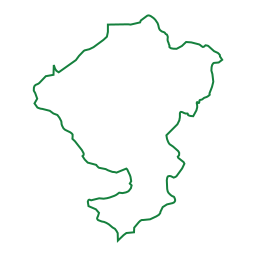 an SVG outline of Comayagua
{"feature_id": "HND-646", "entity_name": "Comayagua", "entity_type": "Department", "adm_level": 1, "iso_a3": "HND", "parent_name": "Honduras", "parent_adm1": "", "projection": "mercator", "projection_center": [-87.57, 14.554], "detail": "fine", "context": "isolated", "style": "outline", "palette": "green", "viewbox_px": 256, "rotation_deg": 0, "n_neighbors": 0, "source": "natural_earth", "source_scale": "10m", "svg_char_len": 3257}
<svg xmlns="http://www.w3.org/2000/svg" viewBox="0 0 256 256"><path d="M34.5,103.4L37.2,98.7L35.2,93.1L33.8,90.7L33.9,87.6L34.5,86.0L35.6,84.9L38.0,83.9L39.2,83.1L45.8,76.2L53.5,74.8L53.8,65.0L55.0,68.6L56.4,70.8L58.7,72.3L75.9,60.1L79.0,55.9L83.7,51.0L84.6,50.4L89.4,49.2L93.5,47.2L103.3,40.0L106.9,36.7L107.9,31.9L107.9,24.6L128.2,24.3L130.6,24.6L140.1,22.4L140.8,20.5L147.1,15.8L147.9,15.5L148.5,15.4L149.6,15.6L150.9,16.2L153.6,18.1L155.3,19.8L157.6,23.2L158.3,25.2L158.9,27.9L159.3,28.9L159.8,29.8L160.8,30.7L161.9,31.5L164.0,32.2L164.8,32.7L165.7,34.0L166.9,34.6L167.5,35.9L167.8,37.0L167.6,39.1L167.6,40.2L167.9,41.4L168.6,43.0L168.8,44.0L169.4,45.4L169.5,45.9L169.4,46.5L169.4,47.0L170.0,47.6L171.1,48.3L173.4,48.7L176.6,48.8L181.9,46.0L186.1,42.0L191.3,42.4L199.1,44.4L200.0,44.9L201.7,46.3L202.9,47.0L204.1,46.6L205.5,45.3L206.9,45.5L208.2,45.9L214.1,51.2L217.8,52.9L218.6,53.6L219.8,54.9L220.0,56.5L222.2,59.8L218.7,62.5L214.1,62.9L213.5,63.1L212.9,63.8L212.2,64.9L211.6,67.1L211.4,70.6L212.4,74.1L213.3,81.7L212.0,86.9L209.6,93.1L209.5,94.1L209.7,94.4L209.7,94.8L209.2,95.3L207.6,96.5L206.6,97.0L205.5,97.4L204.8,97.6L204.1,97.9L202.2,99.4L201.0,99.8L200.2,99.9L199.7,100.2L199.4,100.8L199.3,102.2L199.1,102.8L198.3,103.0L197.9,102.7L197.5,102.3L197.2,102.1L196.9,102.3L196.7,103.1L197.1,104.8L197.2,106.1L197.2,107.3L196.4,110.4L193.2,116.2L190.8,116.0L189.9,115.8L189.0,115.5L188.3,115.2L188.0,114.8L187.8,113.9L187.5,113.5L186.9,113.5L186.3,113.5L185.5,113.5L184.6,113.2L183.6,112.8L182.7,112.3L181.7,112.0L180.9,111.9L180.2,112.4L179.9,113.3L179.9,116.6L179.8,117.9L179.5,119.1L179.4,120.2L177.4,124.3L166.4,135.3L167.0,138.8L167.6,140.5L168.5,142.6L169.6,144.2L173.0,146.5L178.1,151.0L178.7,151.9L179.2,152.9L179.1,155.1L178.5,156.0L177.8,156.6L178.0,157.3L178.3,157.9L183.6,162.1L184.4,163.7L182.1,168.5L176.5,176.2L175.3,177.0L173.7,177.6L171.1,176.3L169.8,176.0L168.8,176.1L167.8,176.5L167.2,177.8L166.8,180.2L167.2,189.0L167.7,191.3L168.4,192.7L169.7,194.1L170.9,195.2L171.9,195.9L172.6,196.3L173.4,196.5L173.9,196.8L174.2,197.2L174.8,198.6L175.1,199.6L175.1,200.9L174.2,202.3L172.6,203.1L167.0,204.4L162.7,207.1L160.4,211.9L160.2,213.1L158.9,214.8L156.3,216.4L150.1,219.3L143.1,220.0L141.8,220.0L140.4,220.7L138.8,222.2L134.2,227.7L134.0,232.3L126.4,233.0L123.6,235.1L117.9,240.6L117.7,233.1L116.4,230.8L114.9,228.8L112.6,227.5L108.8,224.3L106.4,222.9L104.0,221.9L101.8,221.5L98.1,220.1L97.4,219.3L97.1,218.4L97.4,217.3L97.9,216.4L99.0,212.9L95.9,209.3L88.5,206.1L87.8,201.7L88.4,200.2L88.9,199.8L89.5,199.7L89.9,199.8L91.1,200.3L99.2,198.3L103.6,198.7L107.0,198.2L109.7,197.5L114.4,195.8L116.4,194.8L119.2,192.7L122.5,193.1L125.9,192.4L127.8,191.6L128.8,190.9L130.9,188.2L131.6,185.3L129.8,183.6L131.2,181.2L130.5,176.9L129.9,175.1L127.2,169.4L126.3,168.6L116.5,172.6L114.7,172.1L112.4,171.9L108.0,170.3L105.7,169.1L99.1,167.8L98.5,167.5L96.5,165.4L96.3,164.9L87.7,162.6L84.7,159.5L82.5,156.1L83.4,155.3L83.6,154.8L83.7,154.1L83.6,153.3L81.9,150.1L75.0,141.3L72.4,138.8L72.6,136.7L72.6,134.5L71.8,133.5L70.4,132.4L65.1,129.8L63.5,128.4L62.1,125.7L61.6,124.2L61.4,121.9L61.2,121.1L59.4,117.7L57.4,115.0L53.4,113.5L49.8,110.8L42.3,108.9L40.7,108.7L38.5,108.0L37.4,107.5L34.5,103.4Z" fill="none" stroke="#15803d" stroke-width="2"/></svg>